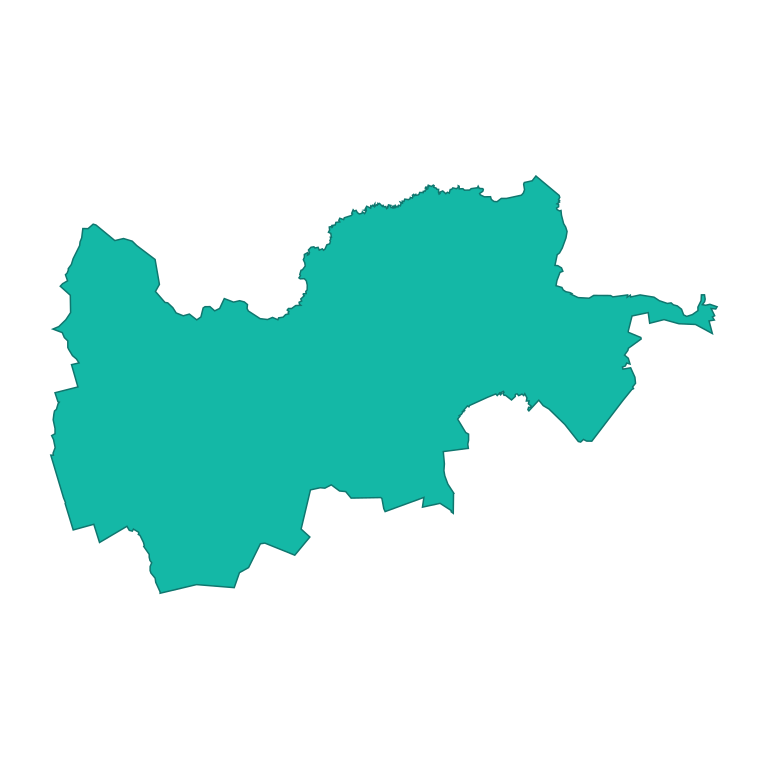 Gudenieku pag., Kuldigas, Latvia, rotated 179°
{"feature_id": "27541924B44633167106619", "entity_name": "Gudenieku pag.", "entity_type": "district", "adm_level": 2, "iso_a3": "LVA", "parent_name": "Latvia", "parent_adm1": "Kuldigas", "projection": "albers", "projection_center": [21.583, 56.889], "detail": "fine", "context": "isolated", "style": "filled", "palette": "teal", "viewbox_px": 768, "rotation_deg": 179, "n_neighbors": 0, "source": "geoboundaries", "source_scale": "gbopen_adm2", "svg_char_len": 6143}
<svg xmlns="http://www.w3.org/2000/svg" viewBox="0 0 768 768"><g transform="rotate(179 384 384)"><path d="M704.9,270.1L697.3,243.5L676.6,248.8L671.2,230.5L643.5,246.2L641.2,242.1L638.2,241.3L637.1,243.3L632.0,240.1L631.7,239.2L632.3,237.9L630.6,236.9L627.3,229.9L626.5,226.5L627.1,225.8L621.7,217.7L621.8,215.0L621.1,211.7L619.4,209.3L621.0,205.6L621.1,201.5L620.3,199.0L616.2,193.8L615.7,189.7L611.5,180.1L611.5,178.7L575.0,186.7L537.3,183.0L531.8,197.9L522.6,202.8L510.4,226.4L505.9,227.0L476.2,214.4L460.8,232.3L469.4,240.4L459.4,279.4L449.6,281.4L444.9,280.9L438.5,284.1L430.3,277.8L424.2,277.1L418.9,270.5L389.3,270.5L388.1,269.6L386.4,259.4L385.1,256.4L346.1,269.9L347.7,260.2L330.0,263.7L319.0,256.3L319.1,255.1L317.0,253.5L316.4,273.1L316.0,273.4L321.9,282.8L324.8,291.1L325.6,296.3L325.0,303.1L325.9,315.4L300.8,318.2L301.3,322.4L300.4,326.4L300.3,332.4L303.1,334.0L311.0,347.6L308.6,350.5L309.3,351.1L307.2,352.2L305.9,354.2L306.1,355.0L304.7,355.1L305.0,356.1L304.0,356.2L304.4,356.8L301.0,360.6L299.5,359.7L298.9,361.0L280.7,368.9L272.4,372.1L271.0,370.5L268.4,373.2L267.9,372.8L268.6,372.1L267.6,371.1L266.8,372.2L267.0,373.5L264.8,374.6L264.2,373.6L265.2,372.5L264.2,370.6L262.7,370.6L256.8,365.8L253.0,369.2L253.0,370.9L252.3,371.6L251.1,371.8L249.5,370.0L246.2,371.5L244.5,370.0L243.4,371.8L241.3,367.6L242.0,364.5L239.2,364.5L240.0,361.7L237.3,359.4L237.8,358.2L239.8,358.2L240.6,355.8L239.6,354.6L229.5,365.1L225.2,359.6L219.5,356.1L203.9,340.4L190.7,323.1L188.4,322.5L185.5,325.1L182.5,323.4L177.2,323.2L145.3,363.5L136.3,374.2L134.6,375.0L135.5,376.7L132.5,380.3L133.0,386.4L137.1,395.9L144.8,394.7L145.3,396.8L142.4,397.8L141.0,400.7L137.7,399.7L139.3,405.5L143.0,408.7L139.6,413.3L139.0,415.5L126.1,424.5L126.4,426.0L138.7,431.4L138.9,432.5L134.8,447.7L118.6,450.8L117.3,440.1L102.9,443.5L88.1,439.1L71.5,438.1L54.8,428.7L57.9,441.4L52.6,442.2L54.5,445.3L52.2,446.5L55.6,453.8L51.0,453.2L49.6,455.4L56.8,458.0L61.0,457.1L64.3,457.8L62.0,460.7L61.4,463.2L62.0,467.6L65.1,467.6L65.5,461.8L68.8,455.4L68.8,451.9L74.5,448.0L80.2,446.3L83.2,447.9L85.2,453.6L89.4,457.0L93.3,458.1L95.5,460.1L99.3,459.6L107.3,462.5L112.5,466.1L126.4,468.6L135.9,466.7L136.1,468.5L139.3,466.6L138.9,468.8L153.7,467.1L155.9,468.5L172.8,468.9L177.4,466.2L188.4,467.0L195.6,470.6L194.6,471.2L196.6,472.2L200.6,473.1L203.2,474.9L204.4,477.4L210.3,479.3L209.3,484.4L206.1,492.5L203.2,493.6L204.5,497.0L208.2,499.3L211.0,499.6L208.6,510.2L206.2,512.0L203.4,516.8L199.5,526.9L198.3,533.3L199.6,537.7L201.6,541.2L203.6,549.7L204.0,554.4L205.5,554.0L208.0,555.4L208.4,556.9L206.3,558.2L206.3,560.5L207.9,561.1L205.3,562.9L206.2,563.7L205.3,564.4L206.3,565.3L205.0,567.5L205.6,569.5L228.5,589.3L232.3,584.6L240.2,583.0L240.9,581.4L240.1,575.8L241.3,572.6L243.3,570.4L258.3,567.4L263.5,567.5L267.8,564.3L270.9,564.6L273.5,566.7L274.2,569.4L280.4,569.4L284.5,571.5L285.1,572.8L281.9,574.9L281.3,576.6L281.8,577.6L285.3,577.9L286.4,580.1L287.1,578.6L293.5,577.8L295.0,576.4L300.2,576.4L301.7,577.9L305.3,577.8L305.4,580.4L306.3,580.9L306.3,579.3L308.2,578.0L311.8,578.9L313.0,577.4L314.4,577.3L315.4,573.7L317.2,574.6L318.9,573.2L321.9,576.0L324.9,574.8L324.6,573.5L325.6,572.9L326.2,574.7L326.0,577.6L327.8,577.7L328.2,578.8L330.9,579.9L330.4,581.4L331.2,582.0L333.2,580.7L336.3,582.0L336.5,581.4L335.7,580.9L336.3,580.1L338.9,580.1L339.3,579.1L337.1,578.3L339.5,577.0L339.5,576.1L341.4,575.9L341.4,574.7L345.0,574.9L345.7,573.0L346.9,572.3L348.6,572.1L348.9,573.0L350.2,571.9L351.0,573.1L352.3,572.2L351.8,571.0L352.4,569.5L354.4,570.1L354.7,568.8L356.3,567.9L360.0,568.5L360.9,566.2L362.5,566.5L362.4,564.6L364.5,565.5L363.8,564.1L364.5,561.9L366.3,562.5L366.8,562.0L366.7,561.0L368.4,560.8L369.7,562.5L370.5,561.5L369.8,560.1L371.7,559.8L371.4,561.3L371.8,561.8L372.8,560.3L373.9,560.3L374.3,561.4L373.9,562.4L376.3,563.0L376.3,561.9L377.3,561.6L377.1,560.2L378.3,559.3L379.2,561.4L380.7,561.0L381.8,562.6L382.5,561.6L385.3,564.6L386.2,563.9L386.9,564.7L387.6,562.9L388.3,563.3L390.0,561.7L390.0,564.3L391.5,562.0L392.5,562.9L393.5,561.7L394.1,562.2L394.3,560.1L398.2,562.0L399.5,559.7L398.8,559.6L398.8,558.4L400.7,558.1L398.8,557.3L400.4,554.7L402.6,556.5L403.0,555.1L405.7,554.4L407.6,555.8L408.9,558.1L410.8,557.4L411.8,558.7L413.3,555.3L412.5,554.5L413.8,553.0L420.8,550.9L421.5,549.1L425.3,550.5L426.3,548.4L425.4,546.9L429.3,546.4L430.0,543.9L433.2,543.4L432.6,542.2L433.3,541.4L433.9,542.4L436.0,541.9L435.7,538.8L436.9,536.7L434.6,535.5L434.0,531.7L435.1,531.7L434.7,529.9L435.6,528.5L435.1,527.3L435.9,525.1L438.7,524.2L440.6,520.0L442.1,518.8L443.3,520.2L446.4,519.0L447.5,521.8L450.7,521.2L451.7,522.4L454.6,522.0L457.2,519.3L456.2,516.6L456.9,514.8L458.2,514.2L457.7,515.9L458.1,516.7L461.4,514.9L461.4,512.1L462.5,509.7L461.1,506.6L460.7,503.3L463.5,499.7L465.0,499.1L466.3,494.9L465.6,493.8L467.2,491.6L465.9,490.6L461.8,490.7L459.9,488.6L459.0,484.3L459.2,479.5L460.6,477.9L460.2,475.8L463.0,475.6L463.2,474.8L462.2,473.6L465.7,470.5L464.9,468.4L467.5,467.2L467.2,465.6L465.8,464.1L470.9,464.0L475.0,461.1L478.2,461.2L479.5,459.6L477.8,458.1L478.5,457.1L478.1,455.8L481.2,455.1L483.7,452.6L488.2,452.0L489.0,450.1L494.3,452.5L499.3,450.5L506.7,451.5L518.4,459.4L519.6,461.9L519.1,465.8L522.2,468.5L526.9,469.8L533.0,468.5L542.2,472.2L547.0,462.4L552.0,460.1L556.7,464.4L561.6,464.4L563.5,463.2L565.9,454.2L570.1,451.4L577.4,457.3L583.5,455.7L590.6,458.7L593.8,464.0L598.8,468.9L601.6,469.4L610.9,480.5L606.8,487.5L610.7,512.5L628.8,526.7L633.2,531.2L641.9,534.0L650.6,532.1L669.2,548.0L672.0,548.9L677.2,544.5L682.4,544.7L683.7,535.4L685.4,531.4L685.9,527.7L692.6,514.8L694.5,509.0L697.7,504.8L697.7,503.3L698.9,500.4L700.6,498.8L698.6,492.7L703.6,489.9L706.0,487.4L696.1,478.2L696.1,460.9L701.0,453.8L708.1,447.1L714.1,444.7L704.8,441.0L702.8,436.0L699.4,432.6L699.5,426.0L698.7,424.2L695.0,417.8L691.1,414.4L688.6,410.4L696.1,408.8L690.1,386.4L713.1,381.0L710.3,371.9L709.0,371.5L710.2,370.0L712.0,364.3L713.9,362.8L714.6,359.6L715.4,354.0L713.7,345.2L713.8,340.0L717.2,338.2L715.4,334.2L713.9,326.1L716.1,320.6L715.8,318.6L718.4,318.7L706.4,275.8L704.5,270.9L704.9,270.1Z" fill="#14b8a6" stroke="#0f766e" stroke-width="1.5"/></g></svg>